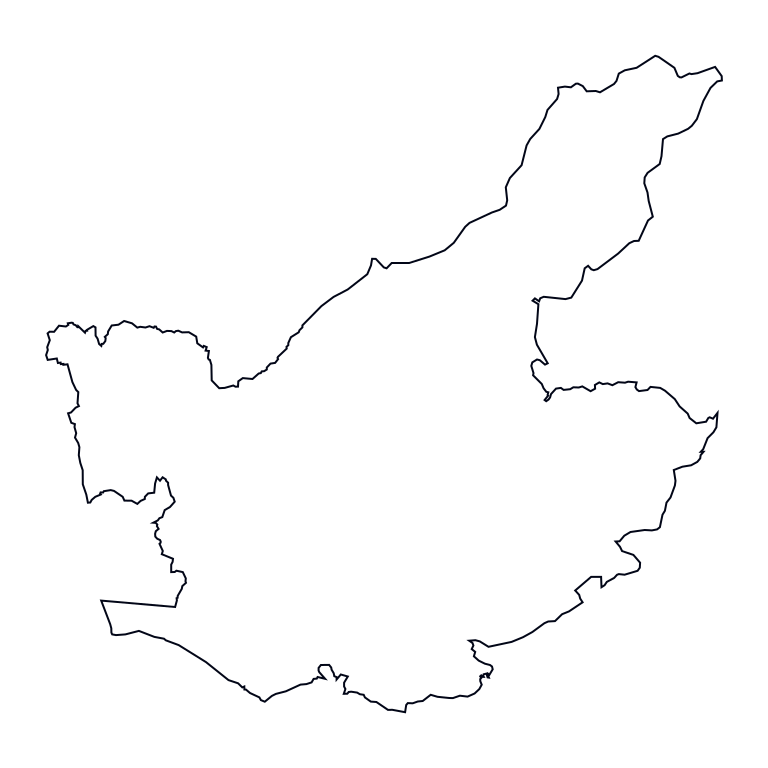 outline of Sisesti, Maramures, Romania
{"feature_id": "2599482B36678783757762", "entity_name": "Sisesti", "entity_type": "district", "adm_level": 2, "iso_a3": "ROU", "parent_name": "Romania", "parent_adm1": "Maramures", "projection": "mercator", "projection_center": [23.745, 47.637], "detail": "fine", "context": "isolated", "style": "outline", "palette": "ink", "viewbox_px": 768, "rotation_deg": 0, "n_neighbors": 0, "source": "geoboundaries", "source_scale": "gbopen_adm2", "svg_char_len": 6026}
<svg xmlns="http://www.w3.org/2000/svg" viewBox="0 0 768 768"><path d="M392.3,709.8L405.1,712.2L406.2,705.0L407.8,703.1L412.7,703.3L417.8,701.5L422.7,701.0L430.7,694.8L437.5,696.8L449.2,698.0L452.9,698.1L459.9,695.7L467.6,696.6L474.6,693.5L479.3,689.1L481.7,684.7L480.3,681.2L480.2,679.1L481.2,678.0L480.2,676.3L481.2,675.4L482.5,676.9L483.8,676.9L483.2,675.8L483.6,674.3L486.4,673.6L487.6,677.4L488.9,677.6L486.9,672.8L489.4,674.8L492.7,669.3L492.0,666.5L490.0,665.0L484.9,663.7L478.7,660.6L473.9,656.3L475.2,651.9L471.7,649.1L473.4,645.5L472.5,643.0L469.2,640.7L475.4,640.2L479.8,641.4L488.5,646.8L511.6,641.9L523.0,637.2L532.4,632.0L544.4,623.2L548.2,621.5L555.0,621.1L562.1,614.2L569.0,611.4L582.6,602.3L580.2,598.6L579.2,594.9L575.2,590.5L591.1,576.9L601.1,576.9L601.5,587.2L604.6,585.2L606.8,581.9L614.2,577.9L617.0,574.8L618.8,574.1L624.6,574.7L637.6,570.8L639.8,567.7L640.1,562.7L633.4,554.9L622.1,551.1L620.0,546.8L615.6,541.5L619.6,541.3L624.3,535.7L630.5,532.0L644.7,530.0L651.9,530.4L657.1,529.4L659.9,527.2L662.5,514.7L664.9,510.8L666.5,502.6L670.5,497.5L674.9,485.5L675.5,480.8L673.8,470.0L682.4,466.7L691.1,465.3L697.3,461.9L700.2,458.4L700.6,455.2L703.5,451.8L700.8,451.8L703.2,449.2L707.6,438.1L713.4,432.3L716.4,427.3L717.5,412.9L713.0,418.7L709.7,417.3L708.3,418.0L706.1,421.7L696.3,423.3L689.6,418.0L687.7,413.6L679.6,406.4L674.8,399.1L665.0,390.7L660.2,387.9L650.5,386.9L647.5,390.0L639.0,391.1L636.8,389.5L635.4,387.1L636.6,382.4L628.1,381.7L625.0,382.7L618.2,382.2L612.4,385.2L607.6,383.4L602.8,384.1L599.3,382.4L594.9,385.0L595.1,388.7L590.6,391.2L582.3,386.4L578.8,387.5L573.3,387.3L570.2,389.2L563.6,389.9L560.9,387.9L556.0,388.6L551.0,394.1L550.1,397.4L548.6,399.5L546.2,401.2L544.6,400.0L548.1,395.7L547.6,395.0L548.3,392.3L546.3,391.8L543.6,388.3L541.8,384.0L533.1,375.3L533.5,373.1L531.3,365.9L532.3,362.4L537.0,359.5L539.8,360.2L545.0,364.6L547.7,363.3L536.9,344.7L534.9,337.1L537.0,323.8L538.4,304.2L532.6,300.7L534.9,298.4L539.1,301.3L540.2,298.3L543.7,296.8L565.5,299.1L571.3,297.6L582.0,280.6L584.7,268.3L588.1,265.8L591.3,269.3L593.8,270.2L597.5,269.1L618.1,253.6L629.3,243.2L634.0,241.0L638.7,240.8L648.0,220.5L652.8,216.7L648.7,201.0L647.5,192.5L644.3,183.3L644.7,177.4L647.6,172.8L659.7,164.0L661.5,156.2L663.0,139.1L667.3,136.4L678.2,133.6L688.1,128.8L691.8,125.8L696.9,119.1L703.4,100.9L710.5,87.9L717.2,81.4L721.9,80.5L721.7,76.1L715.1,66.9L697.5,73.2L691.5,74.1L689.4,73.5L681.5,77.4L679.8,77.3L677.8,75.9L674.4,67.8L658.5,56.8L655.2,55.8L636.6,67.8L624.8,70.3L618.8,73.6L616.5,80.9L614.0,84.0L600.0,92.3L595.8,91.0L586.7,91.3L582.8,86.1L577.9,83.6L575.9,83.7L570.9,87.3L564.9,86.6L558.0,87.7L558.6,94.0L557.1,99.0L547.5,109.9L545.3,117.0L539.4,128.9L530.2,139.0L526.6,145.4L521.6,165.2L509.9,178.0L505.8,187.3L507.2,200.3L506.0,205.6L499.7,209.8L491.9,212.5L469.5,222.9L465.2,226.8L453.8,242.8L444.7,250.3L429.4,256.6L409.1,263.0L391.7,263.0L386.6,268.3L383.8,267.4L375.8,258.9L372.1,258.8L371.0,265.4L367.3,274.2L347.7,289.5L333.6,296.9L321.4,306.1L302.4,325.4L302.4,327.4L299.5,330.2L298.7,332.3L290.9,337.2L288.3,343.0L288.3,345.2L286.5,346.8L286.7,348.6L278.0,356.8L277.5,357.9L278.1,359.1L275.1,362.9L270.5,363.6L266.8,367.5L266.8,369.5L264.1,371.2L261.7,371.4L260.8,373.1L258.7,373.5L252.5,379.0L242.8,378.1L238.3,381.3L238.0,386.6L235.5,386.7L233.3,385.5L224.7,387.9L219.2,388.2L211.7,380.4L211.4,364.9L209.9,359.9L208.7,359.5L207.9,357.9L208.9,351.0L205.6,350.6L206.7,347.1L203.8,345.9L203.0,347.4L197.3,343.3L196.2,336.6L188.8,332.2L182.1,332.4L178.3,330.7L175.9,331.1L174.2,332.5L171.4,331.1L167.0,330.9L162.7,332.5L159.2,329.4L157.1,328.9L156.0,326.6L154.5,326.5L153.7,327.8L149.5,326.2L145.5,327.5L140.2,326.8L137.3,327.6L132.0,323.3L124.1,321.0L118.5,324.7L111.7,325.5L108.1,331.5L107.8,334.2L104.8,336.9L105.7,338.1L105.3,341.1L103.3,343.8L101.7,343.9L101.3,345.9L99.1,344.0L97.6,338.7L95.6,335.7L95.5,327.4L93.3,326.1L86.9,329.9L87.1,330.7L85.6,330.9L85.0,332.7L78.2,326.1L78.0,327.2L77.4,327.2L75.7,325.2L73.5,324.4L72.8,322.9L71.6,322.7L67.8,323.3L68.3,324.9L65.9,326.5L59.0,325.7L54.1,331.8L49.6,331.7L47.6,333.4L49.8,340.2L47.2,347.2L47.8,350.0L46.1,355.1L47.7,359.9L56.8,358.5L57.9,363.0L60.6,362.6L60.8,364.1L63.4,363.9L63.4,364.8L67.5,364.3L72.4,382.1L76.1,389.9L78.3,392.1L77.5,403.3L78.9,406.1L75.6,407.7L71.0,412.5L68.1,413.3L71.3,422.8L74.9,424.1L74.5,427.1L76.2,433.2L75.0,437.6L78.2,443.0L79.4,447.2L78.8,455.2L80.3,462.9L82.7,470.2L82.8,484.3L86.3,494.6L87.9,502.7L90.3,502.5L91.7,499.9L95.3,496.8L100.8,494.5L100.1,493.7L100.6,492.4L103.1,492.5L103.8,491.2L110.7,490.1L114.0,490.9L122.7,496.8L124.4,500.6L131.6,500.7L137.3,503.9L140.6,500.9L144.8,499.0L144.9,496.8L148.2,493.4L154.2,492.7L155.1,483.5L156.9,477.4L160.0,480.7L162.6,477.3L165.8,479.4L166.0,480.7L168.1,482.7L168.1,485.0L171.0,495.6L173.4,497.8L174.7,501.7L170.0,507.0L164.7,510.1L162.3,517.1L159.4,518.2L157.8,520.4L153.3,522.7L155.8,522.9L157.3,524.6L156.9,526.1L158.6,528.9L155.8,531.2L155.1,533.8L155.3,536.6L157.2,538.7L160.0,540.0L160.7,541.5L160.6,542.7L159.5,543.8L162.8,551.0L161.8,554.2L173.0,558.8L172.6,561.9L171.2,564.6L171.2,572.1L174.7,572.0L176.4,570.7L182.8,572.1L185.8,578.4L185.5,581.3L186.0,582.8L182.3,586.1L181.8,588.8L177.7,595.9L177.6,597.8L176.6,598.2L176.9,600.4L175.1,607.0L101.2,600.6L110.2,624.2L111.3,628.3L111.4,632.6L112.2,634.4L116.0,635.1L125.4,634.4L138.9,630.9L154.4,636.9L164.0,638.7L165.8,640.3L178.7,645.1L206.0,662.1L228.5,680.1L238.1,683.3L242.3,687.4L244.3,686.5L244.4,689.5L246.0,689.6L250.0,693.0L259.4,697.4L260.9,700.1L264.8,701.7L271.9,695.9L275.9,693.9L285.9,691.3L300.5,684.6L306.4,684.1L311.6,682.4L313.6,678.9L316.8,678.6L317.6,677.0L325.1,678.8L319.3,672.2L318.6,670.6L318.6,667.9L320.9,665.0L329.1,664.9L331.2,667.5L331.6,669.7L333.7,673.2L334.3,676.2L336.6,677.1L336.6,679.5L340.8,674.5L347.8,676.5L344.1,682.7L344.1,686.5L345.4,689.0L343.8,693.8L347.3,693.7L348.7,692.0L351.2,691.7L357.2,692.6L359.8,694.2L363.7,694.8L364.9,697.4L370.8,701.6L376.4,702.0L388.0,709.9L392.3,709.8Z" fill="none" stroke="#020617" stroke-width="2"/></svg>